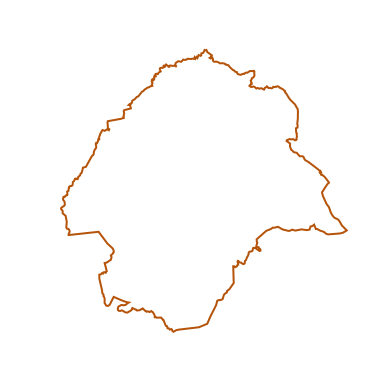 Peribán, Michoacán, Mexico (Equal Earth projection), rotated 338°
{"feature_id": "50627088B26915402792387", "entity_name": "Peribán", "entity_type": "district", "adm_level": 2, "iso_a3": "MEX", "parent_name": "Mexico", "parent_adm1": "Michoacán", "projection": "equal_earth", "projection_center": [-102.46, 19.494], "detail": "fine", "context": "isolated", "style": "outline", "palette": "amber", "viewbox_px": 384, "rotation_deg": 338, "n_neighbors": 0, "source": "geoboundaries", "source_scale": "gbopen_adm2", "svg_char_len": 5923}
<svg xmlns="http://www.w3.org/2000/svg" viewBox="0 0 384 384"><g transform="rotate(338 192 192)"><path d="M95.4,279.8L96.2,280.2L96.5,281.2L99.2,282.0L101.2,281.6L101.6,281.9L102.7,281.5L104.3,285.1L104.9,285.3L105.2,286.1L106.6,286.2L107.9,287.5L109.6,287.1L110.8,289.1L110.8,290.2L111.2,291.4L110.9,293.5L110.5,294.1L110.7,294.4L111.5,294.3L112.4,295.4L116.4,296.9L117.2,299.9L117.6,299.9L117.6,306.2L118.6,307.1L118.3,309.2L119.4,309.7L119.8,311.2L121.5,311.3L121.9,312.1L121.7,313.5L122.5,314.7L125.6,314.2L128.0,314.6L147.8,320.0L156.8,319.9L161.9,314.8L171.9,306.0L174.7,302.3L176.6,302.2L177.4,302.8L180.1,302.9L183.2,299.2L184.5,298.6L186.7,298.2L187.4,296.9L190.2,296.2L196.6,292.0L202.4,276.3L203.5,276.8L203.9,277.9L205.8,277.7L206.6,276.8L207.5,276.8L208.0,275.2L208.1,273.7L208.7,273.0L209.1,273.3L209.8,275.1L211.0,275.8L211.4,276.7L212.6,278.1L213.7,278.1L214.2,277.8L215.2,275.8L216.5,275.4L218.8,272.9L220.0,272.1L221.4,270.5L221.8,269.5L222.9,268.9L225.3,269.4L226.0,269.2L227.6,266.9L228.1,266.8L229.8,267.8L232.5,272.0L233.5,272.0L233.9,270.7L233.1,269.1L233.0,268.1L231.2,267.1L231.1,266.6L233.6,263.3L233.5,262.3L234.2,260.1L246.4,255.8L251.1,255.9L253.6,255.3L254.7,255.9L258.7,256.5L262.0,260.7L266.6,264.0L267.9,264.6L270.7,264.4L273.4,266.5L279.6,267.7L284.3,270.4L286.9,270.9L289.1,268.3L290.7,268.7L293.0,268.0L293.0,272.7L294.2,273.2L296.4,275.9L298.7,277.8L299.8,279.0L300.2,280.2L301.5,281.7L302.6,282.4L313.8,285.9L316.9,286.3L321.1,285.6L318.4,279.1L317.9,274.9L317.4,272.9L316.9,271.9L314.4,269.2L313.5,266.6L313.0,263.1L313.3,257.3L312.3,253.6L311.9,244.9L312.2,242.2L312.5,240.9L320.5,235.4L322.5,234.7L322.3,233.4L320.8,228.1L320.0,226.4L319.0,224.7L318.3,224.6L317.8,221.7L318.2,221.5L319.0,221.9L318.9,220.3L318.3,220.2L317.1,217.7L311.4,208.1L309.0,205.0L308.6,203.8L308.5,201.1L308.0,200.4L305.2,199.1L303.8,194.9L301.3,193.2L300.4,190.8L299.7,189.7L299.9,188.9L299.9,186.6L301.1,183.8L298.8,180.1L299.2,179.6L299.8,180.0L300.3,179.5L302.2,179.4L303.5,180.3L305.8,181.0L306.8,182.6L308.0,182.8L308.8,182.3L309.0,181.2L310.1,179.9L310.5,178.1L311.2,176.7L310.9,175.9L312.0,172.5L312.3,171.8L313.9,171.8L314.9,169.8L315.1,168.3L317.5,163.8L320.2,157.5L321.1,154.6L320.6,152.1L320.4,149.6L317.7,143.4L317.2,141.6L316.2,135.7L315.9,135.4L315.7,133.8L316.0,133.4L316.0,133.0L315.7,132.9L314.8,130.9L313.4,129.3L313.2,128.7L312.3,128.2L312.0,127.1L311.0,126.0L309.8,126.1L309.3,125.7L308.3,125.9L306.7,124.9L305.7,125.7L304.6,125.7L303.6,124.9L301.8,124.2L301.6,123.2L301.0,122.2L300.7,122.5L298.6,122.7L297.3,124.0L296.6,123.6L295.7,122.2L294.5,121.5L293.4,121.6L291.9,120.2L290.4,120.1L289.5,118.2L288.5,117.2L286.2,116.9L285.0,115.1L285.5,114.7L287.6,114.3L287.5,113.4L288.2,113.3L288.1,110.8L289.5,109.9L290.1,108.9L291.9,108.7L293.5,107.5L294.4,104.7L295.0,103.6L294.6,102.7L293.7,102.7L290.9,101.5L288.1,102.2L287.2,101.6L285.1,101.7L284.7,102.1L283.5,101.5L281.0,101.6L278.7,99.9L278.4,98.4L278.6,97.8L277.0,96.5L276.5,94.9L275.6,94.2L273.8,90.3L273.2,88.0L272.2,87.5L271.6,86.8L271.3,86.8L270.9,86.4L271.1,86.2L270.0,84.9L268.1,83.8L266.3,83.3L264.4,80.9L263.0,80.1L261.4,79.6L261.0,79.1L260.6,77.9L261.2,76.9L261.2,75.0L260.7,75.0L260.5,74.3L260.2,74.2L259.8,75.1L259.4,75.2L258.7,74.3L259.4,74.2L261.6,72.7L258.6,68.0L258.6,65.8L257.8,65.9L256.9,65.0L254.6,67.2L252.6,67.0L251.7,68.8L251.0,69.0L249.4,67.5L247.2,69.8L246.8,68.5L245.1,69.7L244.9,68.2L243.9,69.4L242.6,68.6L241.5,68.5L237.6,66.8L236.3,67.2L234.5,66.7L233.4,65.9L232.5,66.5L230.8,67.2L228.2,65.6L225.4,66.2L224.0,67.8L224.5,69.2L224.1,69.5L223.1,68.3L221.2,67.8L219.2,66.5L218.0,66.5L217.8,67.4L217.4,67.3L215.7,64.0L215.2,64.1L214.9,64.8L213.9,65.7L213.5,65.6L213.5,64.6L213.2,64.3L212.8,64.4L212.6,65.8L211.0,65.9L210.2,65.3L209.1,65.2L208.5,65.4L208.1,66.1L208.1,68.5L205.8,68.8L204.5,69.9L203.2,69.0L202.4,69.0L201.8,70.0L201.8,71.2L201.0,71.2L200.6,70.4L199.7,71.5L199.5,72.9L199.0,73.5L198.0,73.9L197.6,72.7L196.8,73.0L196.0,74.6L196.2,76.0L196.0,76.6L195.2,77.0L194.9,78.8L193.3,78.4L191.4,78.8L189.8,78.5L188.0,79.1L186.6,79.2L184.6,80.2L183.1,80.3L178.1,83.2L176.3,83.2L173.5,84.6L172.3,84.6L171.0,85.0L170.4,85.4L169.8,86.7L169.2,86.8L168.3,87.5L167.7,87.6L167.5,87.1L167.2,87.1L165.9,87.6L167.1,88.4L166.6,91.6L159.8,90.7L158.9,91.6L158.5,93.9L157.8,94.6L156.9,96.7L156.5,96.7L156.4,97.8L153.4,97.5L140.5,94.8L139.9,95.4L137.9,101.4L138.8,102.8L138.0,103.6L136.8,102.0L134.0,102.6L132.2,101.0L128.5,103.9L128.3,104.4L126.8,105.8L125.9,107.7L125.8,108.4L125.5,108.5L125.0,107.9L123.4,110.2L122.2,110.7L122.1,111.0L121.5,110.6L120.8,111.3L120.1,114.3L119.5,115.3L117.7,116.3L115.9,118.2L115.2,119.8L114.3,120.7L113.0,121.0L111.7,121.9L103.1,128.9L99.9,128.6L98.8,130.5L96.7,133.0L95.6,133.2L94.4,134.7L92.3,135.3L91.8,136.3L91.0,136.3L90.7,137.2L89.5,136.6L88.9,135.9L88.4,135.9L87.0,137.5L85.2,138.2L84.5,139.8L83.6,141.0L82.4,141.3L81.1,140.8L79.7,141.4L79.5,141.7L79.5,142.4L78.8,142.9L77.8,144.7L76.4,144.8L75.6,147.5L75.2,148.1L74.0,147.9L73.5,148.4L72.4,148.5L72.0,148.9L71.1,148.4L70.7,149.1L70.0,149.6L69.6,151.0L70.2,153.2L69.5,155.7L69.1,156.4L68.4,156.9L65.0,157.6L64.4,158.2L64.3,159.0L65.0,160.9L64.1,163.4L65.9,166.7L64.7,172.8L62.2,177.6L62.3,179.2L63.2,179.6L64.0,180.8L63.8,182.7L63.1,183.7L62.1,184.4L61.5,185.7L90.5,193.9L94.2,207.9L97.4,214.8L97.4,217.2L96.8,218.6L96.2,218.7L95.5,219.5L93.0,220.4L93.0,222.3L91.4,224.4L86.5,225.5L84.4,225.1L83.3,233.5L82.3,233.7L82.0,234.5L81.6,234.6L80.7,233.5L79.9,233.3L78.9,234.3L78.1,233.5L76.6,234.2L75.1,233.9L73.6,237.7L71.8,249.3L71.0,252.3L71.5,254.2L70.9,255.5L71.2,256.7L71.0,258.3L69.4,262.1L69.9,265.2L71.4,266.2L73.5,265.7L80.1,259.9L86.3,266.2L90.1,269.6L92.0,270.8L90.1,271.1L88.3,271.8L86.6,271.6L84.2,270.3L80.9,270.7L79.9,271.6L79.1,273.6L79.5,274.6L80.9,275.4L82.4,275.4L83.3,276.1L85.0,278.5L86.8,279.6L91.0,279.0L92.5,278.3L92.7,277.6L93.2,277.2L95.1,279.2L95.4,279.8Z" fill="none" stroke="#b45309" stroke-width="2"/></g></svg>